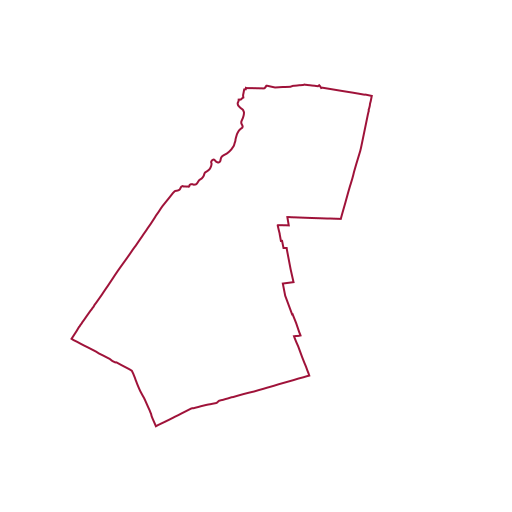 Thoai Son, An Giang, Vietnam (Mercator projection), rotated 303°
{"feature_id": "81297802B55991258422340", "entity_name": "Thoai Son", "entity_type": "district", "adm_level": 2, "iso_a3": "VNM", "parent_name": "Vietnam", "parent_adm1": "An Giang", "projection": "mercator", "projection_center": [105.279, 10.278], "detail": "fine", "context": "isolated", "style": "outline", "palette": "rose", "viewbox_px": 512, "rotation_deg": 303, "n_neighbors": 0, "source": "geoboundaries", "source_scale": "gbopen_adm2", "svg_char_len": 5978}
<svg xmlns="http://www.w3.org/2000/svg" viewBox="0 0 512 512"><g transform="rotate(303 256 256)"><path d="M86.1,146.4L86.1,148.7L86.6,152.7L86.9,156.8L87.3,160.9L87.8,164.9L88.7,174.0L88.7,177.3L89.3,182.2L89.8,187.4L90.0,189.2L90.0,189.5L89.9,190.6L89.7,192.6L89.9,194.4L90.0,195.1L90.1,196.0L90.6,196.5L90.8,197.1L91.2,202.4L91.8,208.7L92.0,210.8L92.1,212.5L92.1,213.3L92.1,214.4L90.4,217.2L89.4,218.6L87.8,220.9L86.6,222.4L85.4,224.1L84.2,225.7L82.4,228.3L80.8,230.7L79.6,232.6L78.6,234.4L77.4,236.6L75.7,239.9L75.4,240.2L75.2,240.7L74.0,242.5L70.3,248.2L68.6,250.9L67.2,252.8L66.6,253.8L64.9,255.6L63.6,257.4L58.7,264.8L61.0,266.0L71.5,272.4L73.6,273.6L75.3,274.6L76.8,275.4L80.2,277.5L83.8,279.5L84.8,280.1L90.5,283.4L92.9,284.8L93.1,285.0L93.4,285.3L93.7,285.5L94.0,286.1L94.4,286.6L96.1,288.1L98.0,289.9L100.0,291.6L101.8,293.3L103.7,295.1L105.3,296.7L106.9,298.5L108.6,300.2L110.9,302.6L111.3,302.9L111.9,303.2L113.2,303.5L114.0,303.7L114.5,303.9L116.2,305.4L117.2,306.5L119.6,308.5L121.1,309.9L124.3,312.5L125.2,313.6L129.4,317.2L133.5,320.8L137.5,324.5L140.1,327.0L141.2,328.1L145.0,331.3L148.6,334.5L151.8,337.2L152.9,338.2L156.8,341.6L160.7,344.8L172.3,355.0L176.3,358.3L180.1,361.8L183.2,364.4L184.0,365.2L184.7,365.8L186.3,363.8L187.3,362.4L188.0,361.4L190.5,358.1L192.8,354.7L195.3,351.2L196.3,349.8L200.5,344.2L203.2,340.6L205.6,336.9L208.1,333.3L209.4,331.6L209.8,332.1L210.7,333.1L211.3,334.0L212.0,335.0L213.6,336.6L214.3,335.7L215.0,334.7L215.6,333.8L221.6,326.2L227.1,318.4L226.7,318.1L235.2,306.7L238.6,302.1L247.5,293.5L254.5,301.7L263.0,293.0L264.1,291.9L276.1,280.4L278.3,278.3L279.4,277.4L277.7,274.7L282.9,269.6L282.2,268.7L287.4,263.8L287.6,263.7L290.5,260.6L293.3,257.7L293.6,257.5L293.8,257.6L297.9,264.1L299.5,266.8L305.7,261.1L306.7,262.6L307.9,264.8L309.5,267.4L310.1,268.4L313.9,274.8L317.3,280.5L320.2,285.3L322.8,289.6L326.5,295.8L327.3,297.0L327.6,297.4L329.2,300.1L331.9,304.6L333.3,306.9L338.3,305.3L349.7,301.8L350.6,301.5L360.4,298.4L366.7,296.5L367.2,296.4L373.4,294.6L376.8,293.5L379.9,292.4L387.8,290.0L400.9,286.2L404.0,285.1L408.9,283.2L426.8,276.2L435.7,272.7L438.2,271.8L439.1,271.6L439.8,270.9L440.3,270.8L441.0,270.6L442.3,270.2L444.0,269.6L445.8,268.7L446.4,268.5L448.3,267.9L452.3,266.3L453.3,265.9L452.3,263.3L451.0,259.9L450.6,259.5L450.0,258.3L448.1,253.8L448.0,253.5L447.8,253.1L445.7,248.2L443.2,242.6L440.2,235.8L436.5,227.3L433.3,220.0L432.9,219.6L432.4,219.2L432.6,218.9L432.8,218.3L433.2,217.5L433.6,216.0L432.9,215.8L432.1,215.5L432.0,215.2L431.6,214.4L431.2,213.6L430.8,212.6L429.6,210.4L428.8,208.7L428.4,207.9L428.2,207.5L427.8,206.8L427.0,205.1L426.6,204.3L426.4,204.0L426.3,203.6L426.2,203.3L425.3,202.6L424.0,201.0L422.8,199.3L421.0,197.2L418.8,194.3L416.6,192.6L413.6,188.4L412.6,186.8L410.9,184.5L409.1,182.1L407.7,180.2L406.3,176.5L405.0,173.0L404.6,172.1L404.4,172.0L404.3,171.9L404.1,171.9L403.6,172.1L403.2,172.1L402.7,171.9L402.2,171.8L401.8,171.9L401.6,171.9L401.3,171.7L401.0,171.5L400.7,171.1L399.6,169.3L394.4,160.9L392.1,157.3L391.6,156.5L391.5,156.0L390.8,156.3L390.2,156.6L389.3,155.4L388.7,155.6L385.8,156.8L384.0,157.5L383.1,158.1L382.0,159.1L381.5,158.8L381.0,158.6L380.4,158.4L379.4,158.2L378.9,158.0L378.7,157.8L378.4,157.3L378.2,156.9L377.9,156.7L377.7,156.3L377.3,156.5L376.9,156.8L376.3,157.0L375.9,157.1L375.1,157.2L374.5,157.3L374.1,157.5L373.7,157.7L373.5,157.9L373.0,158.5L372.5,159.1L372.3,160.0L372.0,161.0L371.7,162.7L371.6,164.7L371.5,165.2L371.4,165.6L371.1,166.1L370.7,166.6L370.4,167.1L369.9,167.7L369.4,168.0L368.3,168.6L366.8,169.2L364.7,169.8L361.1,170.4L360.5,170.6L360.0,170.9L359.3,171.4L358.7,172.3L358.1,173.4L357.7,173.9L357.3,174.3L356.7,174.5L356.1,174.6L355.3,174.3L354.3,173.9L353.1,173.6L352.0,173.4L350.8,173.4L349.4,173.5L348.3,173.6L347.4,173.8L346.4,174.1L344.1,174.8L342.7,175.3L341.5,175.9L340.6,176.2L339.0,176.6L338.1,176.9L337.1,177.2L336.6,177.3L335.8,177.4L333.3,177.3L332.8,177.3L332.0,177.3L331.1,177.1L330.0,176.9L329.0,176.7L327.1,176.1L326.2,175.8L325.4,175.4L324.7,175.0L322.9,174.0L322.2,173.7L321.2,173.3L320.5,173.2L319.9,173.2L319.0,173.3L318.2,173.6L317.3,173.9L316.7,174.2L316.2,174.3L315.7,174.3L315.3,174.3L314.7,174.1L314.0,173.6L313.7,173.3L313.6,172.6L313.4,171.7L313.4,171.1L313.6,170.3L313.9,169.1L314.0,168.6L313.9,168.3L313.8,167.9L313.4,167.6L312.7,167.2L312.0,167.0L311.7,167.0L310.6,167.1L310.0,167.5L309.7,167.9L309.4,168.2L309.2,168.5L308.8,168.7L307.3,169.3L306.5,169.5L305.2,169.7L304.3,169.8L303.1,169.7L302.5,169.5L301.8,169.3L301.4,169.2L300.9,169.0L300.0,168.6L299.5,168.4L298.6,167.9L298.2,167.8L297.6,167.8L297.0,167.9L296.1,168.1L295.2,168.4L294.2,168.5L293.2,168.5L292.6,168.4L291.6,168.3L290.2,167.7L289.6,167.4L289.0,167.2L288.4,167.0L287.7,167.0L286.9,167.0L285.6,167.0L284.8,167.0L284.4,166.9L283.7,166.8L282.8,166.1L282.4,165.6L282.1,165.2L281.8,164.8L281.7,164.1L281.6,163.6L281.3,163.2L281.0,162.7L280.7,162.3L280.2,162.0L279.6,161.7L279.1,161.7L278.7,161.8L278.4,162.0L278.0,162.0L277.5,161.9L277.3,161.6L277.2,161.2L277.0,160.8L276.8,160.4L276.5,160.1L276.2,159.6L275.9,159.0L275.7,158.7L275.3,158.1L274.9,157.5L274.8,156.9L274.7,156.4L274.3,156.1L273.7,155.8L273.4,155.6L273.0,155.6L272.8,155.6L272.4,155.6L271.1,155.8L270.7,155.8L270.4,155.8L269.9,155.7L269.5,155.5L268.4,154.8L267.8,154.2L267.3,153.7L266.9,153.2L266.6,152.9L266.3,152.7L265.9,152.5L265.2,152.4L263.9,152.1L263.0,152.0L257.6,151.5L249.9,150.7L247.0,150.4L244.3,150.3L239.6,150.3L235.5,150.1L233.1,150.2L225.4,150.2L220.3,150.0L217.8,150.0L215.2,149.9L212.7,149.8L210.2,149.8L207.7,149.7L198.6,149.5L197.9,149.4L194.3,149.2L189.0,149.1L183.8,148.9L173.4,148.4L168.2,148.2L163.0,148.1L160.4,148.1L150.0,148.0L147.4,147.9L142.2,147.8L139.7,147.8L134.5,147.6L131.9,147.5L129.4,147.4L127.2,147.2L125.0,147.4L123.3,147.2L121.6,147.2L120.2,147.0L117.7,146.9L112.7,146.7L109.1,146.6L105.5,146.4L104.6,146.5L102.1,146.3L100.9,146.4L100.1,146.2L95.5,146.4L92.6,146.4L88.9,146.4L86.1,146.4Z" fill="none" stroke="#9f1239" stroke-width="2"/></g></svg>